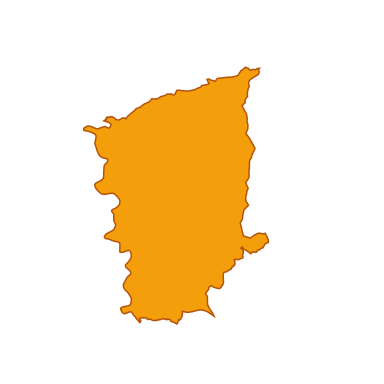 outline of Mohale's Hoek, Mohale's Hoek, Lesotho, rotated 325°
{"feature_id": "5366337B50833634565448", "entity_name": "Mohale's Hoek", "entity_type": "district", "adm_level": 2, "iso_a3": "LSO", "parent_name": "Lesotho", "parent_adm1": "Mohale's Hoek", "projection": "natural_earth1", "projection_center": [27.441, -30.145], "detail": "fine", "context": "isolated", "style": "filled", "palette": "amber", "viewbox_px": 384, "rotation_deg": 325, "n_neighbors": 0, "source": "geoboundaries", "source_scale": "gbopen_adm2", "svg_char_len": 5974}
<svg xmlns="http://www.w3.org/2000/svg" viewBox="0 0 384 384"><g transform="rotate(325 192 192)"><path d="M225.4,277.2L226.3,276.2L227.0,274.9L227.4,273.5L228.3,267.8L226.2,267.2L223.4,264.1L221.0,263.4L218.4,263.2L213.3,263.1L209.0,257.6L210.3,253.6L212.9,247.4L213.6,245.0L216.4,243.8L217.8,243.0L221.3,239.1L223.6,237.1L224.8,236.3L230.7,235.3L231.0,230.5L232.9,227.0L235.1,225.4L237.3,223.0L240.1,221.2L240.5,218.8L241.5,215.1L246.7,213.0L248.1,211.6L250.0,208.4L251.8,206.5L256.0,200.7L257.9,198.9L260.4,198.0L261.3,196.8L265.4,194.3L267.7,193.2L268.7,192.2L269.8,181.6L269.8,174.8L273.9,172.3L276.3,169.0L277.8,165.3L279.5,163.3L280.1,162.1L281.3,159.4L282.4,150.1L284.5,149.6L286.8,149.4L287.8,147.6L289.9,146.2L292.3,145.6L294.1,142.6L296.9,139.9L299.4,138.5L301.0,134.8L302.9,133.7L305.4,133.3L313.9,133.7L316.0,132.1L316.7,129.8L318.2,129.4L316.0,128.2L313.7,128.2L312.6,126.7L309.3,125.4L309.1,123.2L308.1,121.5L307.2,120.4L304.7,120.8L301.7,120.7L296.8,122.7L295.7,122.7L292.4,121.5L289.9,120.3L288.4,119.4L287.4,118.6L284.6,117.2L283.1,116.2L280.4,115.0L278.9,113.8L277.6,113.5L276.6,113.8L275.1,114.6L274.0,114.4L273.6,113.1L272.6,112.0L271.4,111.1L271.0,109.6L270.2,108.8L268.8,108.4L268.3,111.0L268.3,113.0L266.3,112.7L260.9,110.3L259.8,111.0L258.2,110.9L256.4,110.2L253.3,109.8L248.4,107.9L246.8,107.1L244.4,105.4L242.9,103.9L242.0,103.4L240.0,101.3L237.8,100.0L234.6,101.9L232.5,102.1L232.2,101.9L231.2,99.6L231.0,99.4L230.0,99.3L229.8,99.0L228.2,97.6L225.3,97.5L221.3,96.0L217.2,95.8L216.6,95.5L215.8,94.8L214.5,94.5L213.9,94.2L213.2,92.8L212.7,92.6L212.0,92.7L210.0,93.5L207.7,93.4L202.7,92.5L198.3,92.9L197.3,92.4L195.4,92.2L194.2,91.6L192.3,92.3L190.1,92.3L189.1,92.6L186.8,92.5L185.3,93.1L184.1,92.9L183.1,93.0L180.4,93.9L179.9,94.2L179.5,93.8L179.0,92.3L176.7,91.2L175.1,91.6L174.9,91.4L173.5,91.1L171.7,89.7L171.2,88.9L171.4,88.5L171.2,87.6L170.0,84.8L169.2,84.3L168.8,83.6L168.1,83.8L167.2,83.4L166.5,82.5L166.1,82.4L165.7,82.7L165.6,82.2L165.1,81.9L163.5,82.6L163.6,83.4L163.4,83.6L163.2,83.3L162.4,83.3L161.4,83.0L160.6,83.1L164.1,87.9L164.5,89.4L164.1,90.5L163.3,91.2L162.4,91.8L161.2,92.1L160.3,91.7L159.7,91.0L158.5,88.7L157.7,88.1L152.7,86.7L150.4,85.8L148.8,83.5L147.3,81.0L145.6,78.9L144.1,78.1L142.5,77.7L140.0,77.8L139.2,78.5L138.8,79.5L139.1,80.0L141.1,81.9L143.3,84.7L145.3,88.1L145.7,89.1L145.8,90.1L145.4,91.3L144.5,92.4L140.3,96.5L138.0,103.6L137.0,108.1L137.7,111.2L138.7,113.1L140.7,115.0L141.3,116.1L141.5,117.3L140.6,118.4L138.6,119.2L136.6,119.5L135.5,119.8L134.7,120.6L131.2,124.9L127.9,129.4L126.5,130.1L125.1,130.4L118.5,129.6L117.6,129.7L116.6,130.2L116.0,131.1L115.4,133.5L115.6,137.0L116.3,140.4L117.0,141.9L118.1,143.1L119.6,144.1L124.1,146.2L126.1,147.4L126.9,148.2L127.4,149.3L128.1,152.2L128.3,154.3L128.3,156.3L127.9,157.8L127.2,158.8L125.8,160.2L123.8,161.1L122.4,161.4L120.5,161.4L117.1,160.9L115.6,161.0L115.1,162.1L115.2,164.0L115.1,165.4L111.4,170.9L110.8,174.3L110.5,175.4L109.8,176.0L107.9,177.2L106.9,177.7L104.6,178.0L100.4,177.4L98.5,177.2L96.7,177.3L95.0,178.1L94.3,178.8L94.2,179.5L94.3,180.0L94.6,180.7L95.7,181.8L96.2,182.1L100.1,187.7L102.8,190.5L103.3,191.5L103.1,193.2L102.5,194.2L98.5,199.6L98.9,200.5L100.3,201.5L101.7,202.0L104.4,202.6L106.2,203.3L107.0,203.8L107.3,204.7L107.3,205.4L106.6,207.8L105.3,210.1L103.9,211.2L100.8,212.5L96.0,213.5L94.9,214.6L94.7,215.8L95.7,219.8L95.8,221.2L95.8,222.6L95.3,223.5L94.3,224.1L90.2,224.6L88.7,225.3L83.2,228.1L82.2,229.1L81.5,230.4L81.0,232.4L81.1,234.0L81.9,238.3L81.4,243.6L81.2,244.6L80.8,245.2L77.7,248.4L76.4,248.9L74.6,248.8L73.7,248.5L72.0,247.5L70.4,246.8L68.2,246.2L67.1,246.2L66.5,246.6L66.1,248.1L65.8,250.3L66.1,251.9L66.5,252.7L67.2,253.2L68.7,253.7L71.7,254.3L72.9,254.8L73.6,255.6L73.7,256.5L73.5,258.9L73.8,260.9L73.9,265.0L74.3,267.1L74.2,268.9L75.0,269.2L75.4,268.5L75.8,268.4L75.6,267.7L75.4,267.5L75.5,267.4L76.1,267.8L76.4,267.7L76.3,267.0L75.6,266.6L75.9,266.4L76.0,266.5L76.2,266.2L76.2,265.6L76.4,265.5L77.0,265.5L78.3,266.0L79.0,266.8L80.0,266.8L80.1,267.3L81.6,268.2L82.1,269.1L82.4,269.3L82.4,270.3L82.9,271.1L82.9,271.3L84.2,271.8L84.8,272.5L85.4,272.8L85.7,273.9L86.2,274.8L86.9,275.2L87.4,275.8L88.1,275.9L88.4,276.1L88.4,276.3L88.7,276.5L89.1,276.6L89.1,276.8L90.7,277.3L91.0,277.3L91.0,277.5L91.8,277.8L92.1,277.7L92.2,278.1L92.9,278.4L94.8,278.9L95.1,278.8L96.7,280.5L97.3,280.7L97.5,281.0L97.5,281.6L98.6,282.0L98.7,282.4L99.1,282.7L99.5,282.5L101.0,284.2L100.6,285.3L100.6,285.8L101.2,286.4L101.3,287.1L102.4,288.2L103.8,291.4L104.2,291.5L106.2,290.2L106.6,289.8L107.9,289.0L108.1,289.7L108.4,289.9L109.1,289.5L110.4,289.5L110.6,289.3L110.6,289.1L111.8,288.4L112.9,288.1L113.2,287.4L115.1,285.4L115.6,284.4L116.0,284.2L117.2,285.9L118.3,287.2L119.4,288.1L124.0,290.4L128.2,291.9L130.0,292.7L131.3,293.5L132.7,294.6L134.3,296.4L135.6,298.2L136.6,300.4L138.8,306.3L139.4,303.1L139.5,296.9L139.7,295.6L140.0,294.7L139.9,293.9L140.9,292.0L144.2,287.1L144.5,286.3L144.9,284.7L144.9,283.1L145.3,282.7L148.9,281.6L149.8,281.2L151.0,279.9L151.8,279.5L152.5,279.9L153.5,279.5L154.2,280.0L154.9,281.9L155.5,282.9L157.3,285.2L158.8,286.6L159.5,287.0L161.4,286.7L162.5,285.6L162.8,285.9L163.4,286.1L165.0,285.0L165.7,284.3L166.6,283.4L166.9,282.4L168.2,280.8L168.4,280.3L168.4,279.8L168.6,279.5L169.6,278.4L170.1,277.7L171.4,276.5L172.2,276.0L174.4,277.2L178.0,277.2L178.7,277.5L179.2,277.3L179.8,277.6L180.8,277.1L181.4,276.5L182.3,276.8L183.5,276.3L184.5,276.6L184.6,276.0L185.6,275.8L185.9,275.2L186.4,274.9L187.3,273.5L187.5,272.3L188.3,271.6L191.5,274.3L192.5,274.2L192.9,274.4L193.7,274.4L194.4,274.9L195.8,275.1L196.3,274.8L196.9,273.4L197.7,272.4L199.9,270.6L200.1,269.4L200.5,268.3L200.5,267.8L200.4,267.1L199.8,266.0L200.3,265.9L200.7,266.1L201.0,265.8L201.4,265.9L201.8,266.2L201.8,266.8L201.3,268.0L201.4,268.5L202.8,270.3L204.8,276.4L207.0,275.6L209.8,278.1L210.7,278.1L213.3,277.5L214.6,278.2L216.0,277.7L218.1,278.4L222.1,276.4L224.0,276.6L225.4,277.2Z" fill="#f59e0b" stroke="#b45309" stroke-width="1.5"/></g></svg>